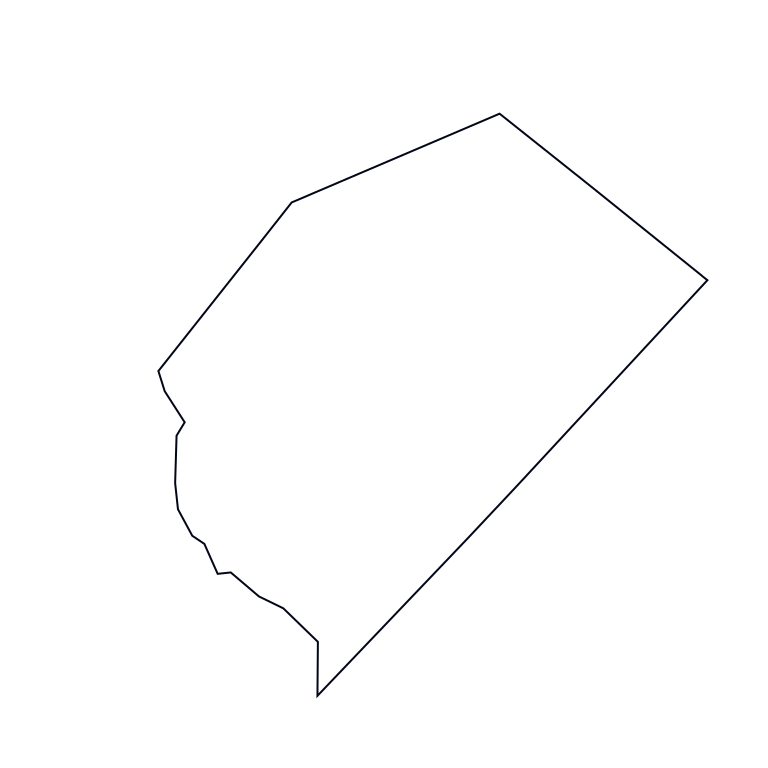 Brunswick, Virginia, United States of America (Albers equal-area conic projection), rotated 219°
{"feature_id": "52423323B81794137886783", "entity_name": "Brunswick", "entity_type": "district", "adm_level": 2, "iso_a3": "USA", "parent_name": "United States of America", "parent_adm1": "Virginia", "projection": "albers", "projection_center": [-77.853, 36.783], "detail": "fine", "context": "isolated", "style": "outline", "palette": "ink", "viewbox_px": 768, "rotation_deg": 219, "n_neighbors": 0, "source": "geoboundaries", "source_scale": "gbopen_adm2", "svg_char_len": 489}
<svg xmlns="http://www.w3.org/2000/svg" viewBox="0 0 768 768"><g transform="rotate(219 384 384)"><path d="M337.7,667.8L354.3,667.7L361.1,667.7L368.0,667.6L464.3,666.8L570.0,467.0L569.3,415.1L567.5,252.1L549.9,240.4L514.8,228.8L512.7,213.3L484.0,175.6L465.3,157.0L437.5,145.4L423.0,146.7L393.8,131.8L384.5,141.1L347.4,140.2L321.1,146.3L273.1,142.0L239.5,99.8L221.7,318.3L216.4,390.6L198.0,668.2L204.4,668.1L204.9,668.2L337.7,667.8Z" fill="none" stroke="#020617" stroke-width="2"/></g></svg>